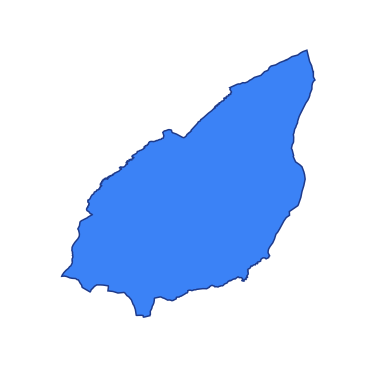 outline of Mbozi, Mbeya, United Republic of Tanzania, rotated 76°
{"feature_id": "72390352B44769786141856", "entity_name": "Mbozi", "entity_type": "district", "adm_level": 2, "iso_a3": "TZA", "parent_name": "United Republic of Tanzania", "parent_adm1": "Mbeya", "projection": "equal_earth", "projection_center": [32.882, -8.972], "detail": "fine", "context": "isolated", "style": "filled", "palette": "blue", "viewbox_px": 384, "rotation_deg": 76, "n_neighbors": 0, "source": "geoboundaries", "source_scale": "gbopen_adm2", "svg_char_len": 6055}
<svg xmlns="http://www.w3.org/2000/svg" viewBox="0 0 384 384"><g transform="rotate(76 192 192)"><path d="M230.2,92.0L223.6,87.7L218.2,85.2L212.9,82.0L206.9,79.1L202.5,78.6L199.6,78.6L194.1,79.2L191.6,80.9L187.8,84.2L182.1,85.2L181.3,84.6L175.4,84.6L173.8,85.0L170.3,83.3L168.6,81.7L167.5,81.2L163.6,80.1L160.5,79.7L159.4,78.8L155.9,77.2L154.1,75.5L152.8,74.8L150.5,72.9L148.9,72.4L144.7,69.8L142.7,68.2L133.4,60.2L130.7,57.2L128.3,55.3L126.5,54.2L125.5,53.9L121.2,50.8L117.9,49.9L115.3,48.6L113.7,46.9L113.1,45.6L109.8,46.4L104.9,45.2L105.0,45.5L98.4,45.4L93.8,46.3L82.2,46.2L82.6,50.3L83.3,53.0L84.7,56.3L84.8,62.3L86.3,66.7L86.6,68.8L86.8,68.6L87.6,75.4L88.9,80.0L88.9,84.4L89.1,85.3L90.0,86.9L91.8,88.3L92.4,89.3L92.8,92.5L95.5,96.9L95.9,103.8L96.9,106.4L97.4,108.0L97.4,108.6L98.6,111.4L98.9,114.2L98.2,116.3L98.8,119.3L98.4,120.9L98.4,122.1L99.9,130.2L100.8,129.7L101.8,130.4L104.3,129.5L105.1,129.8L105.5,130.9L106.4,130.8L106.7,131.9L106.5,132.9L107.5,133.2L107.6,135.4L108.1,135.9L108.5,135.6L108.9,135.8L109.3,136.4L109.2,136.8L108.6,137.6L108.8,138.4L109.4,138.5L109.8,138.3L110.6,138.7L111.1,139.8L111.1,141.2L112.2,143.0L112.0,143.9L112.7,144.2L112.9,145.0L113.3,144.8L113.3,145.9L113.8,147.1L114.2,146.3L114.5,146.6L114.4,147.8L114.9,148.5L114.7,149.0L115.4,149.6L116.0,149.3L116.2,150.5L116.7,150.8L116.9,151.6L117.9,153.2L119.4,156.8L122.8,163.2L123.1,164.2L123.8,165.2L123.8,165.9L125.0,166.8L125.6,169.1L126.6,169.9L131.9,177.9L132.6,177.9L133.0,179.1L133.5,179.4L133.7,180.6L134.2,181.0L134.2,181.6L134.7,182.1L134.9,182.9L136.2,184.0L137.1,185.8L137.3,186.5L137.2,187.1L136.6,188.1L132.0,193.1L129.7,196.6L128.8,197.0L127.0,197.0L126.1,198.6L125.8,199.8L126.1,202.3L126.1,204.2L127.1,205.9L130.6,205.7L132.7,206.8L132.8,208.5L133.3,208.9L133.4,209.6L133.2,210.8L133.7,213.5L133.4,214.2L133.8,215.2L133.8,217.0L133.0,219.5L133.0,220.9L133.6,222.0L135.0,222.8L135.1,223.8L135.8,224.0L136.0,225.1L135.8,226.0L136.4,226.6L136.8,227.7L137.2,227.7L137.7,227.3L138.5,229.0L139.1,231.3L139.1,232.6L139.5,233.7L139.5,235.3L140.4,235.6L141.2,236.9L142.1,240.5L142.4,241.1L142.9,241.0L143.0,241.6L143.4,241.6L144.7,240.3L144.8,240.6L144.7,241.1L144.9,241.4L145.4,241.5L145.3,241.8L145.7,242.9L146.2,242.9L145.9,243.8L145.5,243.8L145.5,244.2L145.9,244.4L145.5,245.1L146.7,245.5L146.8,245.8L146.1,247.1L146.3,247.4L146.8,247.2L147.0,248.1L147.5,248.6L148.3,247.6L148.5,247.9L149.3,248.0L149.1,249.3L149.8,249.6L150.9,251.1L151.3,252.6L150.4,255.3L150.7,256.2L151.0,256.5L151.3,256.3L151.5,255.3L152.6,254.9L152.8,255.2L152.8,255.6L153.4,256.9L154.1,257.8L154.6,260.7L154.9,261.3L154.8,262.0L155.3,263.3L156.0,263.9L155.7,264.7L155.9,265.0L156.4,264.9L156.6,265.5L156.4,267.3L156.5,267.6L156.9,267.5L156.8,268.2L157.2,268.4L156.8,268.7L156.8,269.1L157.3,269.8L157.4,270.6L157.6,270.8L158.1,270.2L158.3,270.8L158.6,270.9L158.9,270.6L159.0,270.7L159.0,271.3L158.1,271.9L157.6,272.8L157.9,273.3L158.6,273.3L158.7,273.5L158.2,274.1L158.6,274.6L158.5,275.1L159.1,275.5L159.1,275.9L159.7,275.9L159.9,277.0L160.6,277.2L161.0,277.8L161.4,277.5L162.0,278.9L162.7,278.9L162.9,279.2L163.6,278.4L163.9,278.7L164.2,278.4L164.6,279.4L165.0,279.6L165.1,280.1L165.4,280.0L166.0,280.9L166.7,281.0L166.6,281.8L167.1,282.3L167.1,283.9L168.1,284.7L168.5,286.8L170.0,287.8L170.7,289.7L172.1,291.2L173.9,292.6L174.7,294.2L174.6,294.8L174.8,295.0L175.4,294.8L175.7,295.3L176.9,295.4L177.9,294.6L178.6,294.6L179.0,295.2L179.7,295.2L180.8,296.7L181.6,296.8L181.8,297.5L183.1,298.5L184.6,298.4L186.2,296.8L188.2,296.0L189.4,294.5L189.9,294.3L191.1,298.7L191.7,299.9L193.1,306.3L194.0,307.9L197.6,309.4L200.2,311.7L201.7,311.3L204.0,311.3L205.6,311.4L207.7,312.1L209.7,313.9L212.5,317.8L214.7,320.2L216.6,321.7L219.8,322.7L221.6,322.4L222.1,322.8L224.2,322.9L224.7,323.4L225.5,323.1L226.9,323.6L227.7,324.4L228.8,324.8L230.0,325.0L230.0,324.8L231.8,325.3L234.3,327.4L234.9,328.9L236.2,330.4L237.5,333.2L239.3,335.9L241.3,338.1L242.3,338.8L242.7,336.2L243.6,334.2L245.8,331.2L246.8,329.0L247.8,325.9L249.3,324.6L249.8,323.5L253.9,322.4L255.2,321.7L258.0,321.6L264.3,315.1L263.5,314.1L262.4,313.5L261.8,312.2L260.0,309.5L259.1,306.9L259.9,303.6L260.8,300.7L262.8,296.0L263.7,296.0L267.6,297.5L269.4,292.7L272.1,288.3L273.0,282.3L273.8,281.5L276.8,280.2L278.4,278.7L282.0,276.9L287.0,276.3L287.9,275.8L292.3,275.4L298.1,275.9L298.3,275.7L299.4,270.8L300.0,269.4L301.6,269.4L301.8,268.3L301.8,262.7L301.0,262.5L300.7,262.0L297.6,261.3L295.4,259.3L293.1,258.1L292.1,257.1L290.3,255.8L287.5,254.6L286.7,254.5L286.1,254.2L285.9,253.6L286.1,248.3L286.5,247.3L287.6,246.1L288.5,244.6L291.0,241.8L291.3,240.0L291.8,238.9L292.5,238.0L292.7,236.9L291.8,233.1L290.5,232.7L290.4,232.1L290.8,229.8L290.4,229.0L290.4,227.6L289.1,223.2L288.7,222.5L288.7,221.0L288.0,220.3L286.7,219.9L286.6,218.4L287.0,217.0L287.6,216.2L287.7,215.2L287.4,213.9L287.8,211.9L287.6,210.9L288.4,204.8L289.4,201.1L288.6,198.2L288.2,198.1L287.5,196.2L287.4,195.1L288.9,193.0L289.6,192.7L289.6,191.6L290.2,190.4L290.5,189.6L290.2,189.1L290.2,187.4L290.0,186.8L290.4,184.9L289.9,183.8L289.2,183.0L288.7,179.9L287.4,178.4L287.4,177.5L287.2,177.4L287.0,176.5L287.4,176.3L287.4,175.7L286.5,173.0L286.7,172.2L286.5,171.5L286.8,170.9L286.1,169.7L285.5,168.0L285.7,167.4L286.5,167.0L287.0,164.8L288.4,163.9L289.2,164.0L289.8,165.0L290.2,164.9L290.9,163.7L290.9,163.0L290.0,163.2L289.8,162.0L289.4,161.4L289.9,160.8L289.6,160.4L288.9,160.5L288.3,160.1L288.1,159.6L288.3,159.1L288.0,158.7L286.9,159.2L285.2,157.3L283.2,156.9L282.9,157.2L282.0,156.6L281.1,156.9L280.2,155.8L280.2,154.8L279.4,153.5L278.3,153.0L278.1,152.4L278.4,151.9L278.4,151.2L277.9,150.5L277.6,149.3L278.0,148.2L277.0,147.4L276.9,146.7L277.4,145.9L277.0,145.5L276.3,145.7L275.9,145.4L275.9,143.2L275.6,142.1L274.0,141.5L273.9,141.0L273.2,139.7L273.1,138.8L273.6,137.2L274.8,136.3L274.2,133.5L273.1,132.9L272.7,132.1L269.5,132.9L267.7,132.4L265.8,131.4L263.7,129.4L260.8,125.9L257.5,123.3L253.3,120.8L251.7,118.6L249.0,115.9L242.2,109.7L239.6,106.7L238.2,103.0L234.5,102.3L230.9,92.7L230.2,92.0Z" fill="#3b82f6" stroke="#1e3a8a" stroke-width="1.5"/></g></svg>